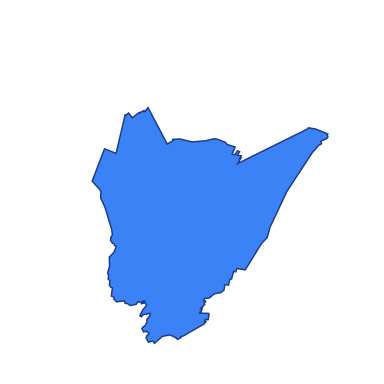 outline of Achtkarspelen, Friesland, Netherlands, rotated 135°
{"feature_id": "6326949B91154833232060", "entity_name": "Achtkarspelen", "entity_type": "district", "adm_level": 2, "iso_a3": "NLD", "parent_name": "Netherlands", "parent_adm1": "Friesland", "projection": "robinson", "projection_center": [6.159, 53.208], "detail": "medium", "context": "isolated", "style": "filled", "palette": "blue", "viewbox_px": 384, "rotation_deg": 135, "n_neighbors": 0, "source": "geoboundaries", "source_scale": "gbopen_adm2", "svg_char_len": 1935}
<svg xmlns="http://www.w3.org/2000/svg" viewBox="0 0 384 384"><g transform="rotate(135 192 192)"><path d="M163.4,282.8L168.5,282.2L168.3,283.0L169.4,283.2L169.2,284.1L173.1,284.8L173.0,285.5L181.7,286.7L181.0,292.7L184.2,293.0L184.6,293.9L218.4,273.0L223.3,284.4L254.9,270.3L255.5,258.8L256.2,256.6L260.8,252.3L264.3,242.8L275.4,222.1L278.6,218.0L281.7,217.2L283.8,215.3L284.4,212.2L283.6,210.5L284.6,209.1L284.0,207.0L289.8,204.6L296.6,204.4L302.6,197.9L308.8,194.5L310.1,191.8L312.7,189.9L313.0,187.1L316.2,184.7L316.8,182.5L316.1,180.5L322.7,175.4L321.5,173.0L322.9,171.4L323.0,167.7L316.8,162.8L318.0,160.5L316.5,158.7L316.0,155.4L310.8,152.0L307.6,152.7L306.3,149.7L303.6,149.5L302.7,148.6L305.9,148.3L303.5,146.8L304.3,144.0L310.3,143.4L316.4,141.3L315.9,139.5L313.6,139.9L307.4,135.9L309.6,134.2L314.1,133.7L315.8,131.9L319.9,130.5L322.2,131.3L324.1,130.8L325.2,127.3L322.9,125.9L322.1,123.0L322.8,122.1L325.6,122.3L327.7,121.2L329.0,116.6L325.7,114.8L325.0,113.7L325.5,111.5L315.1,110.9L308.7,106.6L306.2,100.0L306.7,99.8L306.3,97.8L302.6,96.9L302.4,97.7L299.7,96.3L276.6,90.1L273.7,90.6L274.5,91.6L272.7,92.4L270.8,90.3L266.2,93.7L266.2,94.6L272.3,100.9L271.0,101.6L270.2,100.8L268.2,101.9L268.6,102.5L266.8,102.8L267.5,103.6L262.6,103.5L262.1,104.8L259.9,104.7L259.5,106.7L260.5,107.0L258.4,108.0L254.7,104.8L248.1,104.2L242.9,100.5L238.9,100.0L234.2,103.2L232.0,100.4L227.0,103.5L225.5,102.5L218.8,106.4L217.5,104.6L214.4,106.2L209.4,99.3L180.0,106.3L170.8,106.7L161.8,111.9L124.6,125.3L79.1,134.8L69.5,135.4L66.3,134.5L64.9,136.8L59.0,134.5L56.8,134.9L56.0,136.9L55.0,137.0L60.1,149.2L64.3,155.1L65.5,154.8L139.5,179.8L133.7,181.3L134.7,181.8L131.7,182.8L134.0,186.0L129.9,186.8L130.7,188.9L135.3,188.0L136.8,190.5L129.7,193.3L133.6,200.8L133.2,203.4L136.7,211.2L138.3,213.7L146.0,218.5L156.7,227.5L162.9,237.9L168.4,242.8L168.9,241.7L175.6,243.4L163.4,282.8Z" fill="#3b82f6" stroke="#1e3a8a" stroke-width="1.5"/></g></svg>